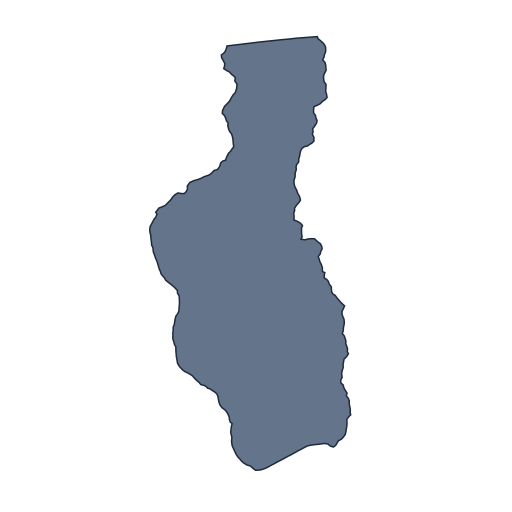 the district of Pinheiros, Espírito Santo, Brazil, rotated 81°
{"feature_id": "56859067B9198683889165", "entity_name": "Pinheiros", "entity_type": "district", "adm_level": 2, "iso_a3": "BRA", "parent_name": "Brazil", "parent_adm1": "Espírito Santo", "projection": "albers", "projection_center": [-40.204, -18.372], "detail": "fine", "context": "isolated", "style": "filled", "palette": "slate", "viewbox_px": 512, "rotation_deg": 81, "n_neighbors": 0, "source": "geoboundaries", "source_scale": "gbopen_adm2", "svg_char_len": 4433}
<svg xmlns="http://www.w3.org/2000/svg" viewBox="0 0 512 512"><g transform="rotate(81 256 256)"><path d="M322.1,350.6L324.7,351.1L327.8,350.6L330.8,350.3L333.3,349.4L337.4,350.0L340.5,350.2L342.9,350.4L345.9,350.3L349.7,350.3L353.2,348.9L356.8,346.5L359.0,344.4L360.9,341.6L362.7,339.4L364.4,337.5L366.9,336.0L369.5,334.2L372.0,332.0L374.4,330.6L375.5,327.9L376.8,325.9L378.9,324.6L380.2,322.0L381.8,320.5L383.4,318.5L385.9,316.3L389.0,315.5L391.7,315.6L395.1,315.4L397.9,314.7L400.5,313.3L403.3,310.6L406.6,308.8L410.3,307.7L413.0,307.8L416.1,307.4L417.7,305.8L420.1,306.8L422.7,307.6L426.2,308.6L431.1,308.2L435.7,309.2L439.8,309.2L442.9,308.3L446.6,307.3L449.4,306.4L452.1,305.1L454.3,303.5L456.6,302.2L458.6,300.4L461.0,297.7L462.6,294.2L465.3,292.2L467.6,289.9L468.0,285.1L467.3,280.5L466.6,278.0L464.8,273.0L464.1,270.7L463.2,268.4L462.4,266.0L461.1,262.0L459.9,258.7L458.6,255.1L457.6,251.9L456.5,248.9L455.6,246.6L454.8,244.4L454.0,241.8L453.0,239.0L451.7,235.2L451.4,231.6L451.5,227.8L451.7,224.4L451.8,221.1L451.9,217.6L452.9,214.5L455.4,212.2L456.8,209.5L455.6,207.0L451.4,203.5L450.4,200.5L448.6,198.1L446.3,195.8L443.4,194.6L440.5,193.7L437.8,192.8L435.4,192.3L431.6,191.8L429.3,189.6L427.7,187.3L425.4,187.5L422.0,186.8L418.6,187.0L416.3,187.0L413.7,186.5L410.7,187.2L408.3,188.7L405.6,187.5L402.5,188.9L400.1,189.8L397.0,190.1L394.5,192.1L391.6,191.6L389.4,189.9L385.4,189.8L382.5,188.7L379.8,187.3L376.9,187.0L374.4,186.1L371.7,185.2L369.5,182.2L366.9,180.0L364.6,180.8L362.0,180.1L359.0,180.5L356.6,181.1L354.0,180.5L351.1,180.9L348.8,181.3L346.0,182.9L343.5,181.5L340.3,180.8L337.5,179.7L334.9,179.1L332.0,179.0L329.3,179.8L326.8,180.1L324.2,179.7L321.3,177.7L319.1,176.3L317.3,177.8L314.9,179.6L312.2,181.2L310.1,182.6L307.3,183.9L305.7,185.9L303.6,186.8L301.2,186.8L298.3,186.4L295.0,188.1L292.2,188.6L290.2,189.8L288.2,192.1L285.4,191.5L283.2,190.6L281.8,192.8L277.9,192.3L275.1,192.7L271.6,193.8L268.9,194.1L266.2,194.6L264.0,192.2L261.5,191.3L259.4,189.6L257.1,189.5L254.0,190.4L251.6,192.8L248.1,195.5L247.5,198.9L247.3,201.7L247.7,205.2L246.5,209.0L244.5,207.5L241.8,207.5L238.9,207.2L235.6,206.7L233.1,205.3L230.4,207.1L228.2,209.8L226.3,212.9L223.0,212.2L219.4,212.0L217.2,210.7L214.9,210.5L212.2,208.1L209.9,205.2L207.7,203.3L204.0,203.7L200.6,205.0L197.4,205.5L193.6,206.8L190.0,207.1L187.0,206.6L184.2,205.1L180.2,204.3L176.9,202.7L174.3,202.5L172.1,201.6L169.9,199.2L166.6,198.5L164.0,197.2L161.0,196.3L158.5,195.1L156.8,193.6L155.6,191.1L155.4,187.9L154.2,185.7L153.4,183.4L151.7,180.9L148.1,180.2L144.5,181.3L142.4,180.2L139.1,180.1L137.2,178.0L134.1,175.3L131.6,174.5L129.2,175.2L126.4,175.3L123.6,176.7L120.6,176.3L117.5,175.3L116.8,172.2L115.7,168.9L113.5,165.8L112.3,163.1L110.6,161.0L107.3,161.0L104.2,161.4L100.3,160.5L97.3,160.0L94.5,161.5L90.1,161.4L87.1,160.4L85.3,158.9L83.5,157.7L80.9,157.5L78.0,157.3L75.5,157.6L72.8,159.5L70.2,157.7L68.1,157.0L64.7,155.1L60.8,154.6L58.3,155.2L56.3,156.3L53.9,158.2L51.1,160.7L48.9,161.1L47.2,182.1L46.8,190.8L46.4,196.3L45.2,219.2L44.0,251.8L46.6,252.9L48.9,254.3L50.8,256.3L52.0,258.8L55.0,258.9L58.0,257.7L60.8,256.8L63.7,257.4L65.8,258.6L68.3,255.9L70.3,253.2L72.5,252.0L74.4,250.1L76.6,248.5L79.7,249.6L83.3,247.9L87.4,248.9L91.4,250.9L92.9,253.0L95.9,255.7L98.7,257.7L101.1,260.7L103.2,263.6L107.1,266.3L109.9,267.0L112.7,265.0L115.8,264.3L118.0,264.0L120.6,262.7L122.7,263.5L126.0,263.2L128.5,262.7L131.8,261.0L135.8,260.5L139.3,260.7L141.7,260.9L144.6,260.9L146.5,262.9L148.4,264.6L150.3,267.1L153.3,269.3L156.6,271.1L157.0,273.9L158.4,276.2L161.1,277.5L162.9,278.7L164.6,280.8L165.0,284.1L167.5,287.3L168.7,289.9L169.6,295.1L170.6,297.8L171.4,301.6L171.8,305.3L173.0,309.8L176.1,312.9L179.2,313.2L181.5,314.9L183.1,317.0L182.6,320.0L181.5,323.2L182.8,326.5L184.8,329.2L187.2,331.4L189.4,334.4L191.9,337.8L193.0,342.2L193.5,344.5L195.3,346.3L197.1,348.2L199.2,347.3L201.7,348.7L203.9,351.1L205.8,352.5L208.1,354.2L210.3,355.9L213.9,357.0L216.4,357.0L218.9,356.8L222.5,357.0L225.9,357.1L228.8,357.4L231.9,356.5L235.7,356.8L239.0,356.1L242.2,355.6L245.5,354.7L248.8,354.2L251.5,353.9L253.8,353.6L256.2,352.9L259.0,352.5L261.4,351.1L263.6,349.7L265.8,349.0L268.1,346.9L270.8,344.4L273.6,341.9L277.6,339.1L280.4,339.3L283.3,338.2L287.2,338.5L290.9,339.0L294.6,340.0L297.9,340.6L300.7,342.3L302.8,344.5L306.0,345.9L308.6,346.7L310.8,347.4L313.3,348.9L316.6,349.5L319.4,350.3L322.1,350.6Z" fill="#64748b" stroke="#1e293b" stroke-width="1.5"/></g></svg>